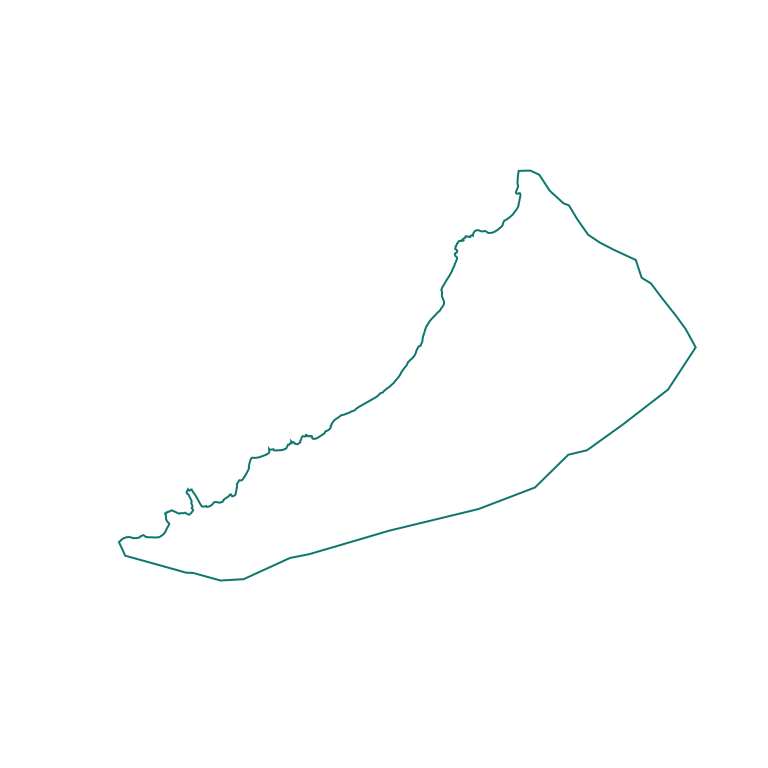 outline of Mutsamudu, Andjouân, Comoros, rotated 339°
{"feature_id": "10938185B74704582538531", "entity_name": "Mutsamudu", "entity_type": "district", "adm_level": 2, "iso_a3": "COM", "parent_name": "Comoros", "parent_adm1": "Andjouân", "projection": "orthographic", "projection_center": [44.366, -12.183], "detail": "fine", "context": "isolated", "style": "outline", "palette": "teal", "viewbox_px": 768, "rotation_deg": 339, "n_neighbors": 0, "source": "geoboundaries", "source_scale": "gbopen_adm2", "svg_char_len": 4570}
<svg xmlns="http://www.w3.org/2000/svg" viewBox="0 0 768 768"><g transform="rotate(339 384 384)"><path d="M647.2,491.0L688.1,461.5L685.3,440.8L681.0,424.8L674.6,404.4L669.2,385.6L662.6,377.2L663.5,358.4L658.0,352.8L646.4,340.8L636.1,329.2L628.1,317.9L623.5,299.6L620.7,283.6L616.3,279.6L607.9,262.8L604.0,244.4L597.1,237.2L586.1,233.3L583.9,237.2L582.6,239.9L580.7,243.9L580.3,245.8L580.3,247.1L579.2,248.6L576.8,251.1L575.8,252.4L575.8,253.3L576.0,253.6L576.5,254.1L577.0,254.3L577.6,254.4L578.4,254.2L578.9,254.4L579.3,254.7L579.3,255.8L578.9,257.0L577.1,259.7L576.0,261.6L574.5,263.8L573.2,266.1L571.8,267.4L570.2,268.6L567.8,270.1L564.8,272.0L561.3,273.3L557.8,274.3L554.9,274.6L553.3,276.0L551.6,278.2L550.8,279.0L547.9,279.9L545.8,280.7L541.8,281.5L539.1,281.5L537.5,281.1L535.3,280.2L534.3,278.5L533.3,277.4L530.9,276.9L529.9,276.6L528.6,275.5L527.6,274.5L526.6,274.0L525.8,273.9L525.3,273.6L523.7,273.8L522.6,274.4L521.2,275.6L520.3,276.8L520.2,277.4L519.6,276.9L518.7,276.6L517.5,276.8L517.1,277.7L515.7,276.9L513.6,275.4L512.9,275.5L512.6,276.4L509.2,277.1L509.7,277.9L509.7,278.4L508.0,278.4L505.9,277.5L504.9,277.5L503.9,278.6L503.3,278.7L502.5,279.1L500.6,281.2L500.0,281.3L499.8,282.2L499.0,283.1L499.0,283.8L500.1,285.2L500.0,286.4L498.8,287.4L497.6,287.4L496.7,288.0L496.6,290.0L497.2,291.4L497.5,292.2L496.8,293.5L495.5,295.1L493.1,297.3L492.5,298.3L491.5,299.3L488.5,302.1L488.2,302.8L485.9,304.6L483.7,306.5L478.9,310.0L477.2,311.5L473.3,314.4L471.2,316.7L471.2,318.9L469.8,322.0L469.5,323.0L469.5,325.7L469.6,328.0L469.3,329.3L468.8,330.4L468.1,331.4L467.4,332.0L466.4,332.8L464.5,333.8L463.1,335.1L461.3,336.0L459.9,336.4L455.4,338.6L452.0,340.2L450.2,341.1L448.6,342.1L446.8,343.6L445.5,344.4L443.5,346.2L441.9,348.0L441.3,348.9L440.2,350.3L438.0,353.0L436.9,354.5L435.9,356.4L435.0,358.2L434.1,359.0L432.1,360.8L431.9,361.5L429.7,361.4L427.6,363.2L425.8,365.0L424.5,366.8L422.5,368.5L421.0,369.4L418.9,370.4L417.2,370.9L415.1,372.0L414.3,372.2L412.3,374.2L411.1,375.2L409.4,376.0L406.3,378.0L404.7,379.0L402.8,380.8L401.5,381.8L400.0,382.8L398.0,383.9L395.5,385.2L393.9,386.3L388.2,388.5L383.5,389.8L381.1,390.7L379.8,391.5L378.7,391.4L377.5,391.3L376.4,391.7L374.8,392.5L372.6,393.3L368.7,393.9L360.2,395.2L353.7,396.2L351.6,396.5L350.1,396.9L348.2,397.6L347.1,398.1L345.1,398.1L343.7,397.9L341.7,398.3L335.3,398.3L333.5,397.9L332.6,397.9L329.7,398.8L326.9,399.4L324.8,400.0L323.4,400.7L321.3,402.1L320.3,403.5L319.3,403.8L318.7,405.5L317.2,406.5L315.0,407.2L312.4,407.2L311.0,408.5L310.6,408.8L302.7,410.5L300.2,410.5L298.1,409.7L297.8,409.3L297.6,408.3L297.7,407.6L298.0,407.2L297.7,406.7L296.7,406.4L295.8,405.7L295.5,406.0L293.6,404.9L293.4,403.7L292.9,403.6L292.2,404.9L291.6,404.8L289.7,403.6L288.2,404.2L286.5,406.3L285.4,407.1L285.0,408.4L283.1,409.0L281.2,409.1L280.3,408.5L279.7,407.7L279.3,407.7L279.0,406.3L278.2,405.6L277.4,405.5L276.9,404.3L276.5,406.2L276.0,406.1L275.3,405.8L273.7,406.7L272.6,406.3L271.8,407.1L269.5,409.2L265.3,409.2L262.2,408.3L257.6,406.6L257.4,405.3L253.8,404.5L253.5,403.5L252.4,406.7L251.3,407.3L248.2,407.8L241.0,407.7L237.5,406.9L234.5,405.6L233.8,405.7L232.3,406.8L230.6,409.0L228.1,412.7L228.1,413.9L226.0,416.1L221.8,419.7L217.5,422.7L216.2,422.9L215.3,422.5L214.5,422.0L210.8,424.7L210.4,426.4L208.6,429.4L207.2,431.7L205.6,434.1L203.5,434.7L202.0,434.5L201.5,432.2L200.3,432.1L199.0,433.1L192.9,434.5L192.1,435.7L190.5,436.1L188.0,435.9L184.6,433.8L182.7,433.5L180.9,434.8L178.9,435.5L176.8,435.7L175.1,435.3L174.4,435.1L174.1,434.2L171.7,433.9L170.8,433.4L170.1,432.9L169.4,430.0L168.8,425.3L168.1,420.4L166.9,416.0L166.6,413.5L165.8,413.4L164.2,413.8L163.5,413.2L163.3,412.1L160.9,414.3L160.9,415.7L161.8,417.2L162.5,424.5L161.4,426.1L161.5,429.3L160.8,430.3L160.0,431.0L160.6,432.5L160.6,433.5L158.2,435.1L155.9,436.1L154.9,436.1L152.0,432.8L150.6,432.8L147.4,431.6L146.1,431.6L143.4,428.7L140.6,425.9L139.6,425.9L138.9,426.1L137.9,426.2L137.3,425.9L136.7,426.0L135.9,426.2L135.7,426.0L135.1,425.9L134.7,426.4L133.3,426.4L133.1,429.6L132.2,431.6L132.2,432.9L132.3,434.6L133.4,437.1L133.4,437.6L132.2,438.9L129.8,440.8L126.7,443.8L124.3,445.3L119.4,446.5L115.9,445.5L108.4,442.3L106.9,441.4L105.4,439.0L105.2,438.8L102.7,438.9L100.5,439.6L97.1,439.0L96.2,438.7L95.1,438.1L93.7,437.4L92.6,436.3L91.1,435.5L89.6,435.0L89.0,434.8L85.9,434.7L84.4,434.9L79.9,436.6L80.9,451.6L131.8,489.3L137.8,491.8L161.0,508.9L183.0,515.9L233.8,512.7L252.8,516.0L294.0,519.4L336.2,522.8L427.3,534.6L487.9,534.7L530.7,516.1L549.8,518.6L592.2,507.5L647.2,491.0Z" fill="none" stroke="#0f766e" stroke-width="2"/></g></svg>